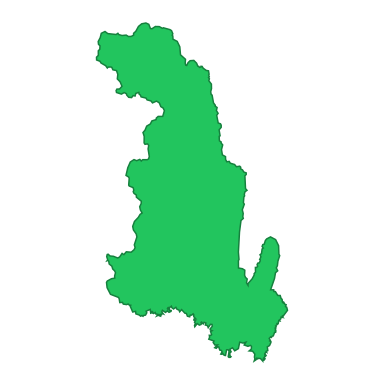 the district of Alto Baudó (Pie De Pato), Chocó, Colombia
{"feature_id": "7082276B3053585301138", "entity_name": "Alto Baudó (Pie De Pato)", "entity_type": "district", "adm_level": 2, "iso_a3": "COL", "parent_name": "Colombia", "parent_adm1": "Chocó", "projection": "mercator", "projection_center": [-77.05, 5.663], "detail": "fine", "context": "isolated", "style": "filled", "palette": "green", "viewbox_px": 384, "rotation_deg": 0, "n_neighbors": 0, "source": "geoboundaries", "source_scale": "gbopen_adm2", "svg_char_len": 6012}
<svg xmlns="http://www.w3.org/2000/svg" viewBox="0 0 384 384"><path d="M283.6,315.5L287.5,310.3L286.7,307.2L285.5,306.6L286.1,304.7L285.0,304.4L283.7,302.2L283.2,302.9L282.4,302.0L282.1,299.3L281.1,298.5L280.2,295.5L277.7,295.4L275.4,291.6L273.9,291.5L273.7,289.8L270.6,289.8L274.5,278.5L275.5,272.7L277.7,270.8L276.3,267.9L277.4,265.7L277.9,261.2L279.7,255.6L278.9,254.2L278.6,245.7L275.6,239.6L270.5,236.9L266.7,238.9L265.4,240.4L264.2,244.2L262.8,244.6L262.1,246.4L263.3,248.1L262.1,249.0L261.5,253.6L260.0,254.7L260.9,256.8L259.7,259.5L260.3,259.8L260.1,261.2L259.1,263.0L258.0,263.0L257.1,264.4L257.6,266.4L256.6,267.4L255.4,267.4L255.5,272.1L254.1,273.7L254.2,275.0L252.1,278.9L248.1,283.5L248.0,285.3L246.5,282.8L247.2,279.0L245.5,277.4L244.6,275.3L244.8,270.2L242.4,268.7L238.5,268.0L238.4,260.7L239.0,259.5L238.4,252.0L239.5,232.0L241.0,220.5L243.3,218.4L242.8,216.8L243.2,213.5L242.3,209.8L244.3,204.2L243.4,202.7L243.9,196.9L244.6,195.9L244.3,194.2L245.0,191.8L247.0,190.3L245.5,188.6L244.9,175.8L246.2,174.5L246.2,172.9L243.8,172.0L242.5,169.9L240.6,168.8L240.7,167.2L239.7,166.2L236.4,166.7L234.6,164.5L230.3,163.2L229.2,161.4L226.8,161.8L225.6,159.5L225.5,156.6L222.4,154.9L221.5,149.6L222.7,144.9L221.2,143.1L221.1,141.9L219.5,140.9L219.3,139.7L219.2,136.3L220.1,135.8L219.1,129.9L221.2,127.3L221.2,125.2L220.5,123.8L218.2,123.0L216.7,115.3L218.1,113.3L216.4,110.7L217.1,107.5L215.2,106.2L215.3,105.3L213.5,102.9L212.1,95.1L211.2,94.5L210.7,91.8L211.5,88.6L211.4,84.1L208.8,80.7L209.4,78.8L208.5,77.6L209.3,76.8L208.6,75.0L209.1,74.3L208.5,70.8L206.2,70.4L203.2,68.2L202.1,66.4L201.0,66.3L200.9,67.0L199.4,67.4L198.8,66.4L197.8,66.2L196.6,63.2L193.8,60.4L190.1,60.7L188.1,62.6L186.7,65.5L185.8,65.3L185.2,63.2L185.5,59.3L180.5,54.8L179.8,46.8L177.2,41.4L173.0,39.2L172.8,35.9L172.2,35.3L172.8,33.7L171.5,30.6L169.9,29.6L163.4,27.8L162.4,28.3L159.3,26.6L155.4,26.5L152.0,28.7L150.4,28.5L148.8,24.3L145.9,23.0L141.7,23.8L138.5,26.4L135.8,31.3L133.6,33.3L133.6,35.2L131.2,36.4L128.4,36.5L126.2,35.1L122.0,35.5L118.8,34.6L117.9,33.3L116.1,34.5L107.8,33.6L105.0,31.5L101.3,33.3L100.2,37.7L98.2,41.5L98.5,44.3L100.0,45.8L99.8,49.2L98.3,50.8L98.3,55.4L96.5,57.2L96.6,60.0L100.0,61.3L101.0,63.0L105.7,65.7L107.3,68.0L108.2,67.1L110.9,67.0L111.8,67.4L112.9,69.8L116.5,70.6L117.8,74.4L117.3,78.9L120.1,81.8L122.0,86.3L119.5,89.0L116.9,89.1L116.1,90.6L116.5,92.5L121.4,94.1L124.2,92.6L126.4,93.7L126.7,95.0L128.7,97.3L131.6,97.6L133.1,95.6L135.1,96.0L135.8,93.4L138.8,92.4L139.1,94.1L140.4,95.1L141.1,96.9L146.0,98.1L147.1,99.9L150.9,100.9L152.5,102.9L156.5,101.1L159.3,102.9L160.8,106.6L163.1,108.0L164.4,110.7L162.7,116.4L158.2,116.4L156.3,118.1L156.1,119.6L151.9,120.9L150.3,124.0L146.7,126.1L145.0,130.2L143.0,132.5L144.2,136.4L144.1,142.9L145.0,144.3L147.6,143.9L148.7,145.4L148.1,148.9L149.3,156.6L148.5,159.0L147.2,159.7L142.7,159.7L141.3,161.0L139.8,159.4L136.7,160.7L134.0,159.6L130.3,162.0L127.8,167.7L126.0,175.4L128.6,177.0L129.2,178.3L128.7,185.1L129.2,186.0L133.1,187.6L133.8,190.1L133.2,191.7L134.0,193.4L136.3,195.0L136.4,197.2L141.3,201.2L141.2,203.5L139.7,206.7L140.4,210.0L142.1,213.0L140.1,214.4L138.3,217.4L134.5,221.4L132.7,226.4L133.4,229.9L136.2,233.9L136.9,236.9L134.3,244.9L135.1,247.5L134.1,249.7L131.2,252.2L126.3,251.8L123.9,254.6L122.1,253.4L119.6,257.0L117.7,258.0L113.5,256.3L110.1,256.0L108.1,254.2L107.2,254.5L106.7,256.6L107.7,259.8L107.1,260.7L107.9,260.4L108.7,261.1L109.2,264.0L111.9,266.2L112.7,269.0L114.6,270.8L115.5,272.7L114.6,276.0L114.8,278.1L111.5,278.7L107.3,281.0L106.5,282.4L107.1,287.7L110.5,294.3L118.2,297.3L119.1,298.4L119.8,302.6L122.5,302.4L123.3,304.1L126.6,304.6L128.1,304.0L129.4,305.2L130.7,305.3L130.2,306.2L132.7,312.0L135.6,311.4L135.9,313.9L139.0,314.9L140.7,316.2L141.9,315.5L143.0,316.3L143.6,315.5L145.5,315.1L146.8,312.8L146.1,311.2L150.2,309.4L150.7,313.2L151.5,312.9L151.0,311.6L152.1,311.5L152.8,312.1L152.7,313.1L153.6,313.5L155.2,312.5L155.7,313.9L157.9,314.4L156.9,315.9L159.7,314.6L159.4,315.8L160.6,316.2L160.6,314.6L161.5,314.8L162.2,313.4L163.2,313.8L161.8,311.9L162.4,310.3L165.5,312.4L167.3,311.0L169.0,312.3L171.0,311.4L171.2,310.5L169.5,310.3L169.4,308.3L167.9,309.3L167.4,308.7L168.0,307.6L170.0,307.3L171.4,306.2L171.8,307.6L173.5,309.0L175.9,307.3L177.0,309.3L178.9,310.0L179.7,311.8L181.6,309.6L184.9,313.2L186.4,313.5L187.4,316.2L189.7,316.8L190.2,315.1L191.8,315.1L193.1,313.8L193.7,314.4L193.8,316.7L195.8,318.9L194.1,319.0L193.8,320.0L195.5,320.7L194.5,322.2L195.4,323.6L194.5,325.4L194.8,326.7L197.2,323.6L199.3,325.1L200.9,324.6L201.5,323.7L201.0,322.4L201.6,322.0L203.2,323.9L204.1,322.3L205.9,323.0L205.3,325.0L207.5,325.7L208.2,327.6L210.5,324.3L212.0,324.4L212.3,326.3L210.1,329.0L210.3,329.9L212.1,330.7L210.6,331.5L211.6,334.7L210.8,335.4L209.3,335.3L209.6,337.2L208.8,339.2L214.0,341.0L213.2,342.5L214.9,345.0L217.6,344.9L214.7,347.7L216.3,348.3L217.7,346.8L218.7,346.9L219.8,350.1L221.3,350.4L222.1,351.7L220.8,354.1L222.0,354.3L222.7,353.4L224.2,355.3L225.5,355.5L226.6,349.8L228.0,349.7L229.1,351.2L228.2,356.7L229.0,357.4L230.4,357.3L231.0,356.7L230.1,355.9L229.7,353.3L231.1,351.8L229.8,349.3L232.5,347.8L234.7,350.8L238.4,348.6L239.7,342.2L243.1,343.1L245.9,342.2L244.2,345.0L247.9,346.3L250.6,345.4L251.5,346.5L251.3,349.1L249.2,350.9L252.6,351.2L254.8,354.1L254.4,357.1L254.9,358.9L254.2,361.0L256.1,359.7L256.6,358.3L257.6,358.9L257.8,358.3L260.4,358.5L262.5,360.8L262.4,360.1L263.3,360.4L263.7,359.3L264.2,359.8L264.6,358.9L265.6,358.9L263.6,358.1L265.6,356.1L264.8,355.8L264.8,354.3L265.4,354.5L264.8,353.6L266.0,352.0L266.6,352.3L266.2,351.3L267.8,350.6L267.3,346.8L269.5,345.6L270.9,342.5L270.9,341.4L269.7,340.9L270.2,340.2L269.2,338.4L270.6,336.9L271.4,337.4L272.3,336.1L273.3,335.9L274.6,332.3L275.6,332.3L275.9,330.8L275.2,330.1L275.8,328.8L275.1,328.1L276.2,326.8L275.6,325.9L277.4,324.3L277.1,323.6L278.2,323.6L278.7,320.7L279.9,320.9L279.4,320.0L280.8,318.8L281.0,317.2L282.5,317.4L281.9,316.9L282.9,316.5L282.6,315.8L283.6,315.5Z" fill="#22c55e" stroke="#15803d" stroke-width="1.5"/></svg>